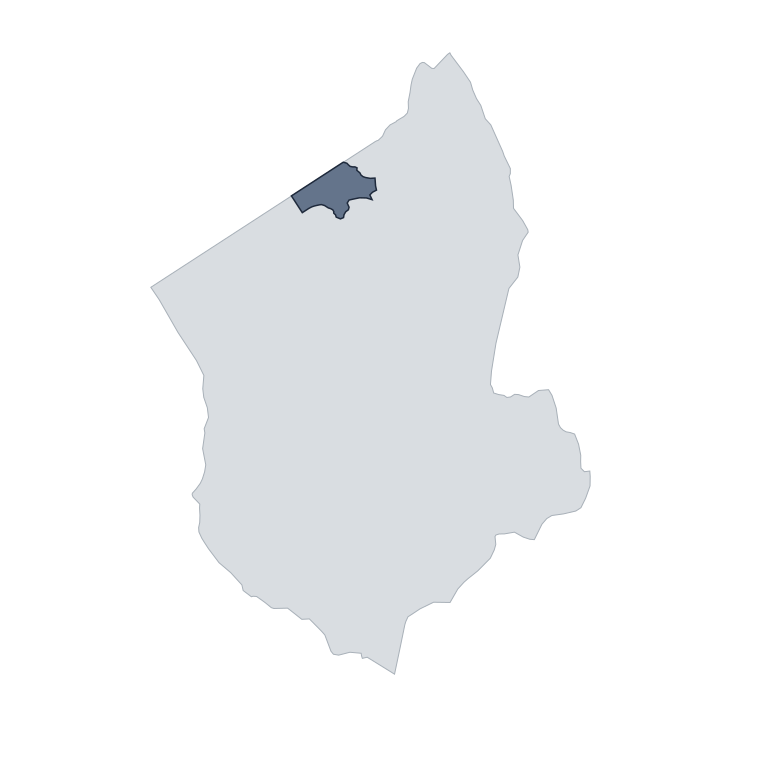 where Rakai sits in Uganda, rotated 147°
{"feature_id": "UGA-3361", "entity_name": "Rakai", "entity_type": "District", "adm_level": 1, "iso_a3": "UGA", "parent_name": "Uganda", "parent_adm1": "", "projection": "mercator", "projection_center": [31.493, -0.733], "detail": "fine", "context": "in_parent", "style": "filled", "palette": "slate", "viewbox_px": 768, "rotation_deg": 147, "n_neighbors": 0, "source": "natural_earth", "source_scale": "10m", "svg_char_len": 3017}
<svg xmlns="http://www.w3.org/2000/svg" viewBox="0 0 768 768"><g transform="rotate(147 384 384)"><path d="M526.9,592.1L517.3,592.1L501.8,592.1L486.2,592.1L470.7,592.1L455.1,592.1L439.6,592.1L424.0,592.1L408.5,592.1L392.9,592.1L377.4,592.1L361.8,592.1L346.3,592.1L330.7,592.1L315.2,592.1L299.6,592.1L284.0,592.1L268.5,592.1L259.3,592.1L257.5,591.9L256.2,591.5L250.3,592.6L244.3,596.4L237.8,598.0L230.9,597.4L230.0,597.8L226.5,597.7L221.5,597.5L216.9,598.5L213.4,601.8L209.9,607.6L203.5,614.2L198.5,620.0L194.3,624.2L184.6,631.1L179.3,633.1L176.7,632.8L175.1,631.5L172.0,622.7L170.1,621.3L151.3,625.8L148.4,625.9L148.7,623.2L147.3,602.6L147.1,590.0L149.5,582.1L151.0,573.0L151.1,564.9L154.6,551.3L153.3,543.1L157.8,514.4L159.0,509.7L160.7,495.9L163.5,491.6L166.0,489.9L169.2,481.4L175.4,467.8L179.7,460.8L178.7,445.5L179.4,435.1L180.4,432.8L189.6,428.9L201.4,419.3L206.4,408.0L213.5,400.8L227.2,396.1L267.9,357.2L286.8,336.3L295.0,325.6L295.3,321.7L296.9,316.7L293.6,312.7L289.6,309.1L288.3,305.8L284.9,304.2L280.1,304.2L276.9,301.8L273.2,297.1L269.6,294.2L258.0,294.4L249.1,289.6L249.3,283.0L252.7,270.1L259.5,255.3L259.8,251.2L258.9,247.7L257.3,244.7L254.2,241.8L251.4,238.2L253.6,227.6L257.8,217.1L261.3,211.9L264.7,206.1L263.7,201.3L258.8,198.9L261.4,194.2L266.7,186.3L277.1,178.4L286.2,173.0L292.3,173.0L304.2,177.3L314.9,182.3L320.8,182.5L327.9,180.4L342.7,171.6L346.3,174.4L350.6,179.8L355.3,188.7L364.6,192.7L369.1,195.5L372.3,196.4L374.0,195.6L377.6,188.6L381.9,184.8L389.7,180.0L407.2,176.2L419.6,175.0L424.9,174.2L433.7,171.9L447.6,164.8L461.3,174.0L476.2,175.8L490.7,175.7L495.1,172.9L497.6,170.8L512.7,155.5L533.2,134.9L546.9,164.0L551.6,165.7L550.9,168.2L549.8,170.6L558.7,177.6L569.7,181.3L573.6,184.9L574.0,188.8L570.3,205.7L571.0,210.6L574.5,227.6L581.1,231.4L586.9,248.5L598.6,255.7L600.3,257.8L603.0,266.1L606.6,275.2L609.4,277.3L611.1,277.8L614.6,287.5L612.6,292.9L615.3,309.3L619.7,324.0L620.9,341.5L620.9,349.3L620.8,354.0L619.8,360.7L617.7,364.5L613.9,368.3L609.8,374.2L606.2,380.5L603.9,383.6L605.7,393.1L605.2,395.6L604.2,396.8L598.9,398.2L592.1,400.8L588.0,403.3L582.2,408.1L577.5,413.3L571.3,428.6L560.9,440.5L559.2,444.4L549.4,451.5L545.1,460.3L542.4,471.0L538.6,478.7L530.4,489.3L528.5,505.9L528.7,539.3L526.6,577.2L526.9,592.1Z" fill="#d9dde1" stroke="#a8b0b8" stroke-width="1"/><path d="M359.2,592.2L343.6,592.2L327.6,592.2L311.6,592.2L297.4,592.2L296.5,591.2L294.9,589.4L294.5,587.2L293.9,585.0L292.1,583.2L290.1,581.9L288.9,580.0L290.4,578.0L289.2,574.1L289.5,571.9L288.7,569.4L287.1,567.3L283.6,564.0L279.4,561.6L283.2,554.7L284.7,550.7L289.2,551.1L292.9,550.3L293.6,545.1L297.4,549.6L303.1,553.5L309.0,555.8L313.1,557.3L316.3,555.8L317.0,551.3L319.0,549.5L322.3,549.3L325.3,547.8L327.3,545.6L330.6,546.2L333.2,550.0L332.5,552.3L333.1,554.5L332.8,555.2L332.2,555.8L332.1,558.0L333.3,560.2L334.8,562.0L336.6,566.0L338.7,568.5L340.5,569.4L343.7,570.6L345.4,571.2L348.1,571.9L351.3,572.2L359.2,572.2L359.2,592.2L359.2,592.2Z" fill="#64748b" stroke="#1e293b" stroke-width="1.5"/></g></svg>